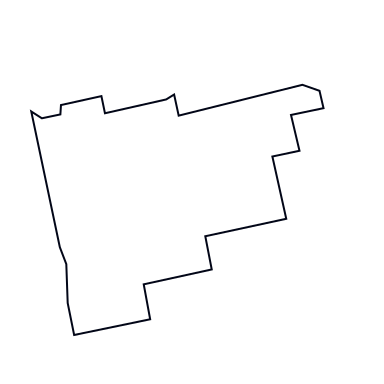 Schley, Georgia, United States of America, rotated 77°
{"feature_id": "52423323B40186233786127", "entity_name": "Schley", "entity_type": "district", "adm_level": 2, "iso_a3": "USA", "parent_name": "United States of America", "parent_adm1": "Georgia", "projection": "mercator", "projection_center": [-84.335, 32.293], "detail": "fine", "context": "isolated", "style": "outline", "palette": "ink", "viewbox_px": 384, "rotation_deg": 77, "n_neighbors": 0, "source": "geoboundaries", "source_scale": "gbopen_adm2", "svg_char_len": 451}
<svg xmlns="http://www.w3.org/2000/svg" viewBox="0 0 384 384"><g transform="rotate(77 192 192)"><path d="M112.4,60.3L114.6,187.8L93.0,187.5L96.0,196.3L95.7,259.1L78.2,258.7L77.8,300.1L86.8,302.8L86.4,321.7L77.4,330.5L216.0,333.2L234.0,330.7L272.2,338.1L304.8,339.0L306.6,261.4L271.1,259.8L271.9,190.2L238.1,189.0L239.3,106.2L175.5,105.7L176.0,78.0L139.2,78.2L139.9,45.0L122.1,45.0L112.4,60.3Z" fill="none" stroke="#020617" stroke-width="2"/></g></svg>